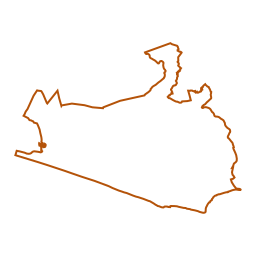 outline of Copala, Guerrero, Mexico
{"feature_id": "50627088B65029652077397", "entity_name": "Copala", "entity_type": "district", "adm_level": 2, "iso_a3": "MEX", "parent_name": "Mexico", "parent_adm1": "Guerrero", "projection": "orthographic", "projection_center": [-98.906, 16.624], "detail": "fine", "context": "isolated", "style": "outline", "palette": "amber", "viewbox_px": 256, "rotation_deg": 0, "n_neighbors": 0, "source": "geoboundaries", "source_scale": "gbopen_adm2", "svg_char_len": 5740}
<svg xmlns="http://www.w3.org/2000/svg" viewBox="0 0 256 256"><path d="M205.2,84.2L203.3,85.8L203.0,86.5L202.8,87.1L202.4,87.4L201.9,87.3L201.1,88.1L201.1,88.7L201.1,88.9L201.4,88.8L201.7,88.9L202.2,89.1L202.3,89.4L202.3,89.7L201.6,90.0L201.3,90.3L201.2,91.1L201.1,91.3L200.6,91.7L200.4,91.7L200.0,91.5L199.8,91.6L199.7,91.8L199.1,92.1L198.9,92.3L198.0,92.7L197.5,92.7L197.3,92.6L197.3,92.2L197.1,91.9L196.8,92.3L196.3,92.3L196.1,92.6L195.8,92.7L195.6,92.5L195.3,91.8L195.3,91.1L195.2,90.9L194.5,91.1L194.2,91.5L193.9,91.3L192.6,90.9L192.2,90.6L190.7,90.5L190.1,90.8L189.2,90.7L188.2,90.7L189.6,95.6L190.8,100.3L187.3,101.1L182.1,101.4L181.6,102.3L180.9,102.7L179.6,102.7L177.4,101.7L176.2,101.6L175.0,101.1L172.7,99.9L171.1,98.9L169.8,98.2L168.8,98.1L168.1,97.4L167.8,97.1L167.7,96.9L167.9,96.7L168.2,96.6L168.2,96.4L168.9,95.5L169.2,95.5L169.4,95.2L169.8,95.2L169.9,94.8L171.4,93.8L172.6,93.6L172.6,93.4L172.2,93.3L171.9,93.0L171.6,92.7L172.1,91.9L171.9,91.6L171.6,90.7L171.0,89.8L171.0,89.4L172.0,88.0L172.9,86.2L173.9,85.5L174.8,85.5L175.2,85.1L175.8,85.0L176.9,83.1L176.6,82.2L175.9,80.9L176.7,79.6L177.0,78.8L177.1,77.3L177.7,76.4L177.9,76.0L177.5,75.5L177.3,74.9L177.0,74.5L177.0,74.2L177.0,73.9L177.3,73.7L177.5,73.7L177.4,73.5L177.1,73.3L177.1,73.2L177.4,73.0L177.0,72.7L177.6,72.1L177.8,72.1L177.8,71.8L177.9,71.6L178.3,71.5L178.5,71.5L178.7,71.8L179.1,71.4L179.1,71.0L179.5,71.0L179.4,70.5L179.7,70.4L179.8,70.1L180.2,69.9L180.3,69.2L181.0,68.2L180.7,68.0L180.2,68.0L180.1,67.4L178.3,65.8L178.2,65.6L178.9,63.9L178.6,63.1L178.2,62.5L177.8,62.4L177.7,62.2L177.6,61.9L177.6,61.7L178.3,61.0L178.2,57.2L181.5,52.8L181.6,52.5L180.7,51.8L180.3,51.7L179.8,51.8L178.7,51.3L178.2,50.9L177.8,50.8L177.6,50.7L177.6,50.1L178.0,50.0L178.4,49.7L178.5,49.6L178.5,48.8L177.9,47.6L177.9,47.0L177.5,46.3L177.1,45.8L171.9,44.2L171.4,43.8L171.0,43.6L170.4,43.2L145.0,52.4L145.2,52.9L145.8,53.7L146.3,54.0L147.6,53.8L148.2,54.0L149.2,54.7L149.6,55.4L149.8,57.1L150.4,58.0L152.4,59.0L153.1,59.5L154.8,60.4L156.0,61.4L157.6,63.0L158.1,63.4L158.7,63.4L159.1,63.0L159.8,61.6L160.3,61.2L160.7,61.1L161.6,61.0L162.7,61.7L163.3,62.4L163.5,63.0L163.4,63.5L163.3,64.1L163.2,65.5L163.6,67.7L164.1,68.8L164.5,69.3L165.0,69.8L165.6,70.9L165.3,71.8L164.5,72.4L164.3,72.8L164.3,73.2L164.8,74.0L164.8,75.6L164.6,76.8L163.9,77.6L163.8,78.3L162.7,79.1L160.5,81.0L158.5,82.4L155.5,85.0L154.8,85.3L153.2,86.3L152.3,87.0L151.5,88.1L150.6,89.1L150.6,89.7L150.3,90.4L148.1,92.4L147.4,92.7L146.7,93.4L145.6,94.0L144.9,94.7L144.5,95.4L120.1,100.8L103.3,107.3L103.0,108.2L92.4,107.3L84.5,105.2L71.9,103.6L61.7,105.4L61.4,105.9L59.2,98.3L57.5,90.7L47.3,103.5L46.8,102.9L43.2,94.4L41.5,91.4L41.0,91.0L38.3,90.7L37.1,90.4L33.6,95.7L27.5,109.1L25.9,111.3L25.5,112.0L24.7,114.0L23.6,115.8L28.1,118.1L29.5,120.1L31.1,120.4L32.2,121.0L33.2,121.4L33.9,122.6L37.0,123.4L37.8,125.0L39.6,129.5L40.3,133.0L41.3,137.0L41.6,139.2L41.6,140.7L41.4,141.7L42.0,142.7L42.4,142.9L42.7,143.8L42.9,144.4L43.2,144.6L43.6,146.2L44.0,146.7L44.6,146.7L44.8,146.6L45.1,146.3L45.0,145.0L44.9,144.4L44.7,144.1L44.7,143.8L44.9,143.9L45.3,144.2L45.6,144.6L45.7,145.1L45.5,145.9L45.2,146.7L44.8,147.0L44.2,147.1L43.3,147.2L42.7,146.6L42.4,145.9L41.5,144.6L40.9,144.1L39.2,143.2L39.1,143.8L39.4,145.6L40.6,146.0L41.1,146.5L41.2,148.4L41.5,149.2L41.1,150.0L41.3,150.5L41.8,150.8L42.2,151.2L41.9,151.8L40.9,152.3L40.5,152.3L38.1,151.8L34.4,151.3L33.2,151.5L32.3,152.0L31.2,153.1L30.1,153.6L28.9,153.8L26.8,153.6L24.7,152.7L19.7,151.4L16.7,150.8L15.4,155.2L38.0,162.1L47.7,165.2L64.9,170.9L72.9,173.7L81.9,176.8L94.6,180.9L108.8,186.2L112.5,188.0L118.9,190.6L121.7,191.5L124.2,192.4L126.6,193.0L133.1,195.6L135.9,196.6L138.3,197.2L143.2,198.8L148.6,200.9L149.8,201.2L150.6,201.6L150.9,201.8L151.5,202.2L152.3,202.6L154.4,203.9L155.6,204.8L156.4,205.1L157.7,206.0L158.9,206.2L161.4,207.2L162.5,207.4L163.6,207.4L164.1,206.9L164.5,206.6L166.3,206.5L167.9,206.7L168.2,207.0L170.2,207.1L170.4,206.1L171.1,206.0L174.6,206.1L177.0,206.3L178.6,206.8L183.6,207.9L185.6,208.0L186.9,208.7L189.7,209.1L190.2,209.2L190.9,209.6L194.7,210.3L197.8,211.1L199.6,211.9L202.7,212.7L203.8,212.8L204.9,212.5L205.4,212.1L205.6,211.7L205.8,208.4L206.2,207.2L207.0,205.7L207.4,204.8L208.0,203.8L209.1,202.4L209.7,202.4L210.1,201.9L210.2,201.4L210.5,200.9L210.8,200.6L211.4,200.5L211.9,200.0L211.9,199.4L212.0,199.0L212.6,198.5L213.3,197.2L214.9,195.8L215.7,195.5L216.5,195.4L216.7,195.0L219.0,194.2L219.6,194.3L220.8,193.9L224.2,192.8L226.6,192.2L227.1,192.3L228.0,192.1L228.1,191.7L229.5,191.3L232.1,190.3L233.5,189.9L235.9,189.5L239.2,190.0L240.4,190.0L240.6,189.6L240.4,189.3L239.6,188.9L236.3,188.6L234.0,185.8L231.8,182.3L230.9,179.4L233.2,178.7L234.5,177.5L233.5,175.8L232.5,174.7L232.0,172.2L233.0,167.6L232.1,167.8L233.2,165.8L233.9,163.6L235.8,162.1L236.7,160.8L236.8,158.6L236.2,155.2L235.2,152.6L233.5,148.9L233.2,147.7L233.5,147.3L233.8,147.2L233.3,145.5L232.9,144.6L232.8,143.9L232.5,143.0L232.2,142.4L231.7,142.0L229.0,138.6L227.9,137.7L227.8,136.7L228.0,136.1L228.8,134.6L229.1,133.8L229.6,132.7L230.0,132.3L230.2,131.6L230.1,130.6L230.0,130.0L229.4,129.2L229.1,129.0L228.5,128.6L227.4,127.9L226.0,126.4L225.3,125.4L225.1,124.7L224.8,123.0L224.7,122.6L224.4,122.2L223.9,121.1L223.4,120.3L222.0,119.3L221.3,119.0L219.2,117.3L218.6,117.0L217.7,116.7L215.5,116.5L215.1,116.3L214.8,116.1L214.4,115.7L214.0,114.1L213.1,112.7L212.0,111.9L210.6,109.5L210.0,108.8L208.8,108.0L206.2,107.2L205.5,107.2L204.0,107.3L202.9,108.0L202.3,107.9L201.9,107.5L202.4,106.2L203.7,105.0L205.2,104.2L206.9,102.2L207.0,102.2L211.1,98.4L211.2,97.3L210.7,94.7L211.1,93.2L211.2,91.9L210.7,91.7L210.2,90.1L209.5,88.6L209.3,88.5L208.6,86.9L207.7,86.7L207.2,86.3L206.2,85.3L205.6,84.9L205.2,84.2Z" fill="none" stroke="#b45309" stroke-width="2"/></svg>